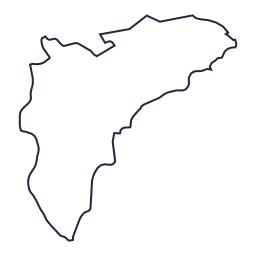 map outline of Alicante (Equal Earth projection)
{"feature_id": "ESP-5803", "entity_name": "Alicante", "entity_type": "Autonomous Community", "adm_level": 1, "iso_a3": "ESP", "parent_name": "Spain", "parent_adm1": "", "projection": "equal_earth", "projection_center": [-0.576, 38.363], "detail": "fine", "context": "isolated", "style": "outline", "palette": "slate", "viewbox_px": 256, "rotation_deg": 0, "n_neighbors": 0, "source": "natural_earth", "source_scale": "10m", "svg_char_len": 2089}
<svg xmlns="http://www.w3.org/2000/svg" viewBox="0 0 256 256"><path d="M192.6,15.4L196.1,18.2L200.6,19.3L208.0,20.1L215.9,22.4L223.0,26.5L228.1,32.5L227.4,32.8L225.8,34.1L227.7,35.0L229.0,36.4L233.5,40.1L235.1,39.7L236.1,42.3L236.2,45.7L235.1,47.4L232.0,47.5L229.3,48.2L226.8,49.6L224.5,51.9L222.5,56.5L222.2,57.0L221.6,57.8L218.4,58.0L217.3,58.5L215.1,60.8L213.2,61.8L211.4,63.3L209.8,66.7L211.1,69.7L207.7,68.9L205.5,69.5L203.3,70.5L200.3,71.1L195.4,71.2L193.1,72.0L190.8,73.9L188.9,77.5L188.8,80.6L189.1,83.6L188.0,86.7L185.5,89.4L183.1,90.4L176.3,90.4L168.8,92.2L164.7,93.8L159.5,97.7L143.8,104.6L141.3,106.4L140.3,108.9L139.0,109.8L133.0,116.7L131.2,120.0L130.6,124.2L130.6,126.4L130.0,127.3L124.7,127.6L122.3,128.4L120.6,130.1L120.0,133.4L114.2,133.1L112.7,141.7L115.2,161.5L113.3,164.0L110.4,164.8L104.5,164.3L100.8,165.3L97.8,167.8L95.5,171.2L93.7,174.8L92.7,177.9L92.0,181.3L91.5,190.5L90.7,204.8L90.4,208.8L88.9,210.8L84.5,212.5L81.4,216.0L79.8,218.9L73.2,236.2L72.9,239.7L72.9,240.0L69.7,240.6L68.5,240.3L67.8,239.9L66.9,238.9L65.7,237.8L64.3,236.9L61.3,236.0L60.0,235.2L53.0,227.6L51.8,226.5L47.2,220.9L46.1,219.2L44.3,215.1L42.0,211.4L40.9,209.9L39.1,206.5L39.0,206.3L36.4,200.8L33.0,195.0L32.3,194.1L31.3,193.1L30.2,191.6L29.2,189.4L28.4,185.4L28.1,181.1L28.9,177.1L29.8,174.7L34.6,167.2L35.9,164.1L36.3,162.4L37.4,155.6L37.9,154.0L38.6,150.3L38.7,147.7L36.3,139.0L34.5,136.0L33.6,135.2L31.7,133.8L25.6,131.7L22.4,131.2L21.0,130.6L20.3,128.5L19.8,125.2L19.8,116.3L20.2,113.0L21.2,110.6L22.3,109.0L28.6,103.0L29.7,101.7L30.5,100.1L31.0,98.4L30.6,93.4L31.2,90.1L32.8,84.1L32.8,78.5L30.1,64.6L32.7,63.8L33.5,64.0L37.5,64.2L40.8,63.7L43.7,62.6L48.8,58.8L49.6,58.0L49.6,57.3L48.5,55.6L47.5,54.3L45.7,51.6L44.7,50.4L43.2,48.1L42.2,45.5L41.4,41.3L41.5,39.6L42.1,38.1L43.7,37.5L45.2,36.4L47.5,39.0L48.8,39.6L50.5,39.7L54.0,38.8L55.6,38.8L57.2,39.9L61.6,44.8L63.9,46.0L75.2,43.1L78.0,43.4L91.0,51.0L93.8,54.4L96.8,56.2L114.6,45.6L112.4,42.5L110.4,41.3L108.1,41.6L105.0,42.8L100.1,34.3L129.4,29.1L146.8,15.6L159.9,21.7L192.6,15.4Z" fill="none" stroke="#1e293b" stroke-width="2"/></svg>